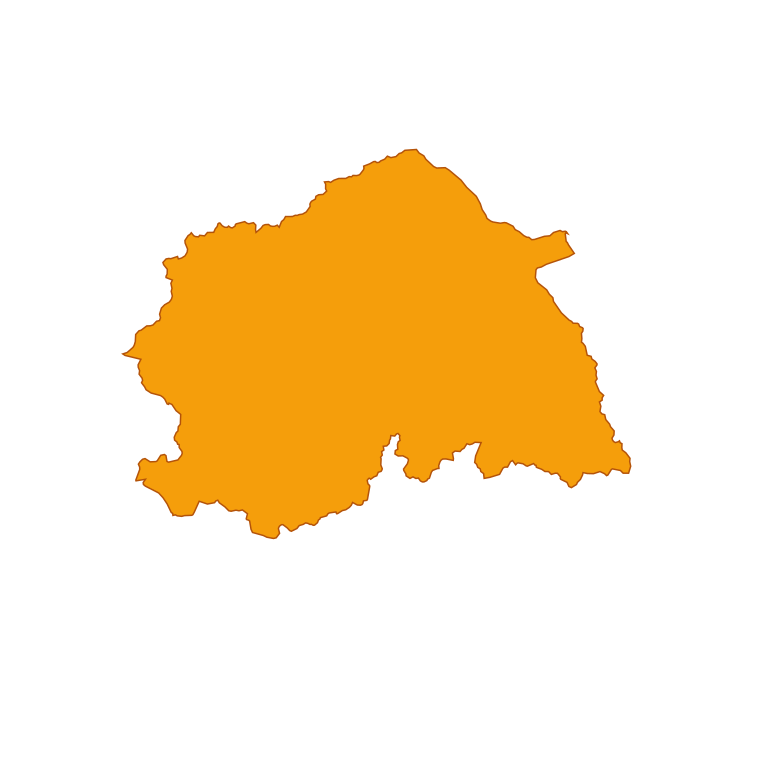 Loc Binh, Lạng Sơn, Vietnam, rotated 36°
{"feature_id": "81297802B22471082550929", "entity_name": "Loc Binh", "entity_type": "district", "adm_level": 2, "iso_a3": "VNM", "parent_name": "Vietnam", "parent_adm1": "Lạng Sơn", "projection": "mercator", "projection_center": [106.936, 21.677], "detail": "fine", "context": "isolated", "style": "filled", "palette": "amber", "viewbox_px": 768, "rotation_deg": 36, "n_neighbors": 0, "source": "geoboundaries", "source_scale": "gbopen_adm2", "svg_char_len": 6170}
<svg xmlns="http://www.w3.org/2000/svg" viewBox="0 0 768 768"><g transform="rotate(36 384 384)"><path d="M217.1,255.5L219.4,256.7L222.0,260.4L224.2,261.6L223.3,266.4L219.9,269.3L218.6,272.2L219.8,274.8L218.0,278.6L217.9,280.1L218.3,282.0L219.9,283.8L220.0,290.5L218.2,294.5L215.8,296.8L214.7,298.6L213.0,299.7L211.5,302.3L205.9,306.4L206.3,309.9L205.6,312.8L207.1,318.8L204.3,318.2L202.9,320.6L201.3,321.9L199.2,322.9L196.8,322.8L194.2,324.9L193.0,326.8L192.9,330.3L191.4,336.6L189.4,334.7L186.9,330.8L183.6,330.2L180.5,333.8L178.5,334.5L175.9,334.5L170.3,341.3L170.1,342.4L170.7,343.8L169.5,346.9L168.0,347.6L165.4,347.6L165.2,349.3L163.0,350.8L160.0,351.1L156.8,350.2L156.0,350.6L155.5,351.9L156.5,354.6L156.3,357.6L157.1,361.4L152.1,365.2L151.8,369.6L147.5,372.0L147.4,374.0L144.7,375.6L142.9,375.9L139.2,374.9L139.1,377.0L138.3,379.1L138.6,384.9L140.3,386.9L145.8,390.3L147.3,393.1L147.7,397.3L146.2,401.1L144.1,403.7L142.0,402.2L137.9,407.9L136.1,408.9L134.2,410.9L133.7,415.6L135.6,417.0L141.3,418.6L144.0,422.6L144.3,424.9L145.1,426.0L151.7,424.3L152.4,427.8L156.3,431.3L157.4,434.1L161.1,437.3L162.2,440.4L162.2,443.9L160.0,448.7L159.3,453.4L161.4,459.4L164.3,461.8L165.1,464.7L163.1,466.9L162.4,472.1L160.7,474.3L157.9,476.5L155.9,483.2L154.5,485.0L154.0,489.9L157.9,495.9L159.2,499.6L159.4,501.9L157.7,509.5L155.0,513.2L157.7,513.1L172.8,506.9L173.8,513.0L175.3,514.9L178.4,516.8L180.1,520.0L184.9,521.5L186.6,523.0L187.1,525.5L192.0,527.0L194.9,528.5L200.9,528.2L210.0,524.7L212.8,524.6L215.5,525.1L220.3,527.6L221.7,527.1L221.3,525.9L224.4,525.2L231.5,527.8L237.4,528.1L242.9,536.3L242.7,539.5L244.9,543.1L244.5,545.5L245.6,550.4L247.6,552.5L250.7,552.7L252.4,554.0L253.8,553.4L255.7,555.8L260.2,557.3L261.5,558.7L262.1,560.7L261.9,566.6L255.6,573.9L253.9,574.2L249.7,570.1L247.8,570.1L245.3,572.9L245.7,579.4L245.1,580.8L240.6,584.4L234.5,584.8L232.9,586.8L232.3,590.4L232.4,593.2L235.1,594.8L236.6,596.7L239.7,607.6L240.3,608.1L247.0,601.3L247.1,605.3L248.5,606.7L250.9,606.9L265.7,604.6L272.1,605.9L279.1,608.5L287.4,613.0L289.1,612.9L290.5,614.4L292.1,612.5L294.2,612.2L298.1,610.0L300.0,607.7L305.7,603.2L306.2,602.0L305.8,599.0L303.4,587.5L311.7,584.9L316.7,579.6L316.7,577.5L317.8,575.7L320.6,576.9L327.5,576.9L332.9,577.8L335.1,576.8L338.4,573.1L341.2,571.8L343.5,569.1L349.8,569.2L351.8,574.1L352.6,574.4L354.5,573.7L355.8,573.8L361.8,579.7L364.9,581.4L375.4,577.5L379.3,576.8L385.4,573.9L387.2,571.8L387.3,566.2L383.7,563.2L383.2,562.2L383.0,560.3L383.8,558.0L385.0,557.2L390.4,557.3L393.8,558.0L395.6,557.6L398.5,552.1L398.6,548.4L401.2,545.0L402.2,542.5L404.3,541.5L406.7,541.1L407.7,540.2L409.8,539.9L410.8,539.0L411.7,535.3L410.9,532.6L411.5,530.9L411.1,529.5L415.1,524.4L414.9,522.0L415.5,520.5L420.3,515.8L421.9,516.8L422.6,516.2L424.7,510.9L427.0,508.2L428.5,504.1L428.8,501.3L428.2,498.3L433.5,497.6L436.2,495.9L437.1,494.4L437.1,493.2L436.1,490.6L438.5,488.2L438.4,487.0L432.7,475.3L432.0,474.6L429.7,474.2L427.0,471.8L427.1,469.4L427.6,468.8L429.2,468.9L430.5,464.9L432.1,462.5L431.2,458.8L433.0,456.4L432.8,454.5L432.3,453.5L429.0,451.4L425.6,446.2L424.3,445.3L424.4,442.5L421.8,440.1L422.7,437.5L420.0,434.8L422.6,432.5L423.1,429.1L421.5,426.0L421.5,424.7L419.8,421.7L423.3,419.8L423.5,417.0L424.4,415.8L427.2,416.4L427.8,418.0L430.2,420.2L429.5,422.3L430.5,425.1L433.5,428.7L432.3,431.2L434.0,434.2L437.8,433.9L441.5,431.0L446.3,430.3L447.9,430.6L448.7,431.6L449.8,434.8L449.8,441.3L450.8,442.3L454.5,443.9L455.9,445.3L460.5,445.1L462.0,442.1L465.3,441.7L467.1,439.9L470.4,441.0L472.5,440.7L473.9,439.7L475.4,437.0L475.2,435.3L476.1,433.5L474.2,427.6L474.1,425.4L476.9,421.0L478.1,420.0L476.2,417.8L475.1,414.3L474.9,412.3L475.5,410.3L478.2,408.2L484.9,405.1L484.1,403.6L479.9,399.6L480.9,396.5L485.2,393.9L485.5,391.0L486.5,389.0L486.2,383.6L489.0,382.7L490.7,380.5L491.8,377.7L497.0,374.3L500.4,388.3L503.5,394.2L506.1,394.5L508.8,396.3L511.7,396.1L513.8,397.9L517.2,397.9L520.5,401.5L524.5,397.3L530.6,389.2L529.7,382.2L530.4,380.4L532.8,378.6L532.0,372.6L533.0,370.4L538.0,372.0L538.2,369.9L538.8,369.0L543.4,366.8L547.1,366.7L548.3,366.2L551.8,360.4L553.7,360.9L554.8,360.4L556.0,361.7L556.7,361.7L561.8,360.3L565.6,360.2L568.7,358.1L572.5,358.8L575.0,355.5L576.8,354.3L581.3,355.4L582.2,356.9L583.1,357.2L589.9,356.0L593.8,358.2L596.5,357.7L598.8,352.2L598.3,349.9L599.0,345.7L598.1,340.9L597.1,338.7L601.1,336.9L606.2,333.4L610.2,327.9L615.1,326.9L617.9,327.3L618.6,326.1L618.2,319.5L618.7,318.4L626.1,315.0L629.9,315.6L634.3,312.4L631.9,305.5L628.4,302.4L626.7,299.5L620.1,297.5L615.6,297.4L613.9,295.8L611.6,292.4L609.6,292.7L607.9,291.6L607.5,293.0L605.6,295.4L603.7,295.6L601.9,295.1L600.3,293.8L600.0,290.1L597.8,286.7L592.3,285.4L590.2,283.9L584.3,282.4L580.6,279.1L577.8,280.1L574.9,279.4L572.5,274.5L568.8,271.9L570.0,268.9L568.6,266.9L568.4,264.1L562.7,263.5L554.1,258.3L553.4,257.4L553.4,254.6L550.3,252.2L548.5,249.0L545.1,247.0L545.1,243.4L544.5,242.5L541.5,241.6L537.4,241.6L535.3,239.9L531.5,241.3L524.7,235.2L521.1,234.1L519.2,234.1L517.4,231.0L513.9,226.9L513.8,224.4L512.5,222.1L511.5,221.8L508.5,222.5L506.2,221.1L504.9,221.2L501.2,223.7L499.0,223.1L496.2,223.5L485.7,222.2L472.6,217.6L469.9,214.9L465.0,214.2L460.3,212.2L449.0,211.7L444.0,209.1L439.8,202.2L439.9,199.9L442.5,196.9L445.0,191.7L458.7,172.2L461.2,166.5L451.4,163.0L449.2,161.8L447.6,161.6L442.3,155.9L442.2,154.8L444.2,154.4L441.9,153.6L440.8,153.9L438.8,155.9L436.2,156.3L432.1,161.8L431.1,166.6L426.9,170.3L420.8,178.6L418.7,180.4L415.0,180.2L413.3,181.3L409.9,181.8L403.9,181.3L399.4,182.0L395.7,180.5L388.3,181.7L386.5,182.6L383.7,185.5L376.9,188.9L374.5,189.5L370.0,189.5L367.0,187.5L360.9,185.2L356.0,181.6L348.3,177.9L335.3,176.3L326.5,173.8L310.9,172.7L306.4,173.0L299.7,178.3L296.3,178.9L285.8,177.6L282.1,176.0L276.6,176.5L272.4,175.2L263.5,182.7L262.4,186.6L260.8,188.6L260.0,193.0L256.5,196.8L252.8,197.7L252.4,201.7L250.1,205.6L249.8,207.4L248.1,209.1L246.1,209.1L244.9,210.2L243.0,214.3L239.5,219.7L241.0,221.2L241.5,222.9L241.3,228.5L240.8,229.8L239.3,231.5L236.3,233.5L236.0,235.4L233.9,236.7L232.3,240.1L226.6,244.3L223.7,248.6L222.3,252.3L220.2,252.8L217.1,255.5Z" fill="#f59e0b" stroke="#b45309" stroke-width="1.5"/></g></svg>